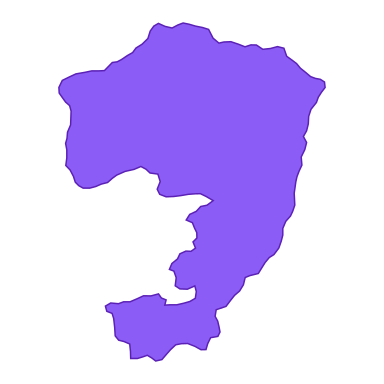 Imbé de Minas, Minas Gerais, Brazil
{"feature_id": "56859067B9633327681514", "entity_name": "Imbé de Minas", "entity_type": "district", "adm_level": 2, "iso_a3": "BRA", "parent_name": "Brazil", "parent_adm1": "Minas Gerais", "projection": "orthographic", "projection_center": [-41.974, -19.636], "detail": "fine", "context": "isolated", "style": "filled", "palette": "violet", "viewbox_px": 384, "rotation_deg": 0, "n_neighbors": 0, "source": "geoboundaries", "source_scale": "gbopen_adm2", "svg_char_len": 2487}
<svg xmlns="http://www.w3.org/2000/svg" viewBox="0 0 384 384"><path d="M301.9,165.1L301.2,157.0L304.8,149.6L306.6,142.5L303.4,136.5L306.6,130.8L308.3,123.9L308.7,116.3L311.0,109.3L316.4,102.5L318.3,97.2L321.5,92.2L325.1,87.5L324.5,82.0L320.3,79.3L315.4,78.4L310.6,76.6L305.5,72.3L300.4,68.2L296.6,63.6L292.0,60.1L286.7,56.3L283.9,48.2L277.5,46.6L270.4,48.5L262.8,49.3L256.4,45.0L250.9,44.9L245.0,46.8L238.4,44.2L230.9,41.7L223.8,42.0L218.9,43.1L213.1,38.2L208.6,29.4L202.5,27.5L195.5,26.1L189.0,24.2L183.1,23.0L177.8,25.0L172.1,28.0L165.1,26.4L158.4,23.4L153.8,26.1L150.2,31.1L147.9,38.5L142.1,44.2L136.0,48.0L132.6,52.6L127.3,55.6L121.4,59.6L117.2,61.8L112.3,62.5L108.6,66.3L104.4,70.6L98.5,70.9L91.7,70.9L85.1,72.3L75.9,73.9L68.8,77.2L62.3,80.4L58.9,87.4L59.2,93.1L62.8,98.2L65.7,102.2L69.6,105.6L71.1,111.1L70.9,117.1L70.6,124.9L67.5,132.2L67.0,138.4L65.6,143.4L66.8,149.8L66.8,157.9L65.8,165.5L70.1,170.0L73.4,176.3L75.3,182.2L78.8,185.7L83.1,188.1L89.8,188.1L95.8,186.5L101.3,184.1L107.6,182.5L112.2,178.4L116.7,175.1L125.1,171.4L134.0,169.4L140.9,166.5L146.0,169.2L150.0,173.0L157.9,174.1L160.2,181.6L157.2,189.2L159.7,194.3L166.1,196.8L173.7,196.5L180.8,195.6L188.5,194.3L195.3,193.8L200.4,193.7L206.2,196.5L213.2,200.6L207.0,205.2L200.7,206.5L196.3,211.3L189.7,214.4L186.2,220.0L192.4,222.7L194.5,228.0L196.8,232.7L196.9,238.0L193.0,241.9L195.5,248.1L191.0,251.3L185.9,251.1L179.9,253.8L177.5,258.9L171.9,263.5L169.4,269.4L173.9,271.1L176.2,277.7L175.2,285.8L179.9,288.9L187.4,289.2L194.8,285.9L196.3,291.6L195.3,298.3L189.8,301.5L183.8,303.2L176.8,304.8L170.1,304.8L164.8,305.1L166.1,299.9L161.4,298.0L158.5,293.9L151.0,295.9L143.5,295.8L136.8,298.9L130.0,301.8L123.6,301.8L118.5,303.7L110.7,303.0L105.4,306.1L106.8,311.3L112.1,313.4L113.7,318.6L114.7,327.7L115.2,335.9L118.7,340.2L123.9,341.5L129.7,344.0L130.5,351.5L130.7,358.5L137.4,358.5L142.7,356.9L147.3,355.3L151.8,358.0L155.7,361.0L161.9,359.6L166.8,353.9L170.6,349.6L175.7,344.8L181.3,343.7L187.7,343.5L194.8,346.3L201.0,349.7L206.0,349.6L207.7,343.7L210.6,337.7L217.9,336.4L220.0,332.0L219.0,326.7L217.7,321.1L215.1,316.3L216.2,309.7L226.0,306.4L230.7,300.2L234.5,295.4L239.6,291.0L243.4,284.8L245.2,277.5L249.9,275.6L258.3,273.5L262.0,267.5L265.2,262.4L269.3,257.5L273.9,254.6L278.8,248.1L281.2,241.3L282.8,235.1L282.8,228.4L285.8,221.3L290.5,216.0L292.7,211.3L294.8,205.1L294.5,198.9L294.2,193.3L295.0,187.7L295.8,181.9L297.0,176.6L299.1,171.1L301.9,165.1Z" fill="#8b5cf6" stroke="#5b21b6" stroke-width="1.5"/></svg>